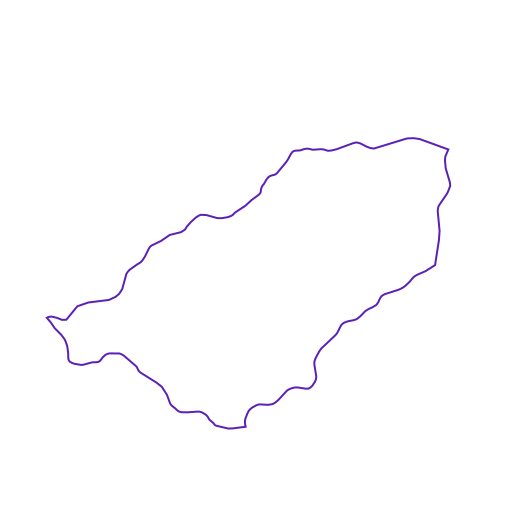 outline of Lavalleja, rotated 203°
{"feature_id": "URY-19", "entity_name": "Lavalleja", "entity_type": "Department", "adm_level": 1, "iso_a3": "URY", "parent_name": "Uruguay", "parent_adm1": "", "projection": "robinson", "projection_center": [-54.924, -33.979], "detail": "fine", "context": "isolated", "style": "outline", "palette": "violet", "viewbox_px": 512, "rotation_deg": 203, "n_neighbors": 0, "source": "natural_earth", "source_scale": "10m", "svg_char_len": 3033}
<svg xmlns="http://www.w3.org/2000/svg" viewBox="0 0 512 512"><g transform="rotate(203 256 256)"><path d="M87.6,317.6L94.1,308.2L100.4,301.6L102.0,299.4L103.0,297.4L104.5,292.4L106.4,287.9L107.6,285.6L108.7,283.9L111.3,280.9L122.2,271.5L123.7,269.8L124.7,268.2L125.1,266.7L125.3,265.1L125.4,263.6L125.3,261.6L126.1,258.1L127.3,256.3L128.8,254.3L131.4,251.5L133.8,248.1L136.6,240.9L138.5,237.5L139.4,236.5L141.4,234.8L145.9,231.8L148.7,229.2L149.9,227.3L150.6,225.4L151.2,216.5L152.1,213.8L159.8,196.3L160.5,193.0L161.2,185.9L161.2,184.3L161.1,182.6L160.8,181.1L160.3,179.8L159.7,178.6L154.0,169.6L153.4,168.4L152.9,167.1L152.6,165.2L152.7,162.7L153.5,158.5L154.4,156.4L155.4,154.9L156.5,154.1L159.1,153.1L166.2,151.3L168.8,150.2L170.2,149.2L171.7,148.0L173.9,145.7L175.0,143.9L179.0,132.7L180.5,129.5L181.7,127.6L182.2,127.0L182.3,126.8L182.4,126.7L183.1,126.1L184.9,124.8L187.3,123.5L195.0,120.7L196.2,119.8L197.7,118.3L200.3,115.0L201.5,112.7L202.2,110.5L202.4,107.0L202.2,102.1L201.9,100.6L201.5,99.2L200.3,96.9L198.8,94.8L209.9,88.3L214.2,86.3L226.0,84.3L227.2,84.2L227.9,84.4L230.0,85.6L234.5,87.0L235.7,87.6L236.7,88.5L238.2,89.5L240.2,90.3L244.2,90.9L246.4,90.8L248.2,90.3L258.3,85.2L264.1,82.9L266.3,82.8L268.0,83.1L271.5,84.4L274.4,85.1L276.1,85.8L277.4,86.7L283.7,93.4L291.4,98.7L298.2,100.6L316.6,103.5L318.1,104.0L319.4,104.6L322.3,107.2L323.6,107.8L338.9,112.7L341.6,113.0L343.6,112.9L352.6,109.2L353.7,108.5L354.7,107.6L355.6,106.6L356.3,105.5L357.5,102.9L358.2,99.8L358.7,98.4L359.4,97.3L360.5,96.4L361.7,95.7L364.3,94.6L365.4,94.0L372.8,88.2L374.5,87.4L381.1,85.8L383.7,85.7L385.8,85.9L387.1,86.5L388.1,87.4L388.8,88.5L391.1,93.5L394.5,99.2L398.0,103.1L399.9,104.7L404.7,107.5L412.9,110.8L418.8,114.6L424.4,117.4L423.3,118.6L422.0,119.6L420.4,120.4L415.0,121.3L409.7,121.4L405.7,123.2L400.8,139.9L392.3,147.6L374.2,158.1L369.3,163.5L367.2,167.7L366.2,173.3L368.3,188.6L368.0,190.9L367.0,193.9L362.0,202.0L360.5,203.9L359.6,205.5L358.8,207.8L358.0,212.1L357.6,220.2L357.1,223.3L356.1,225.0L349.2,232.9L343.7,241.6L334.3,248.7L331.8,252.4L331.4,254.0L331.2,255.7L329.3,261.7L326.4,267.9L324.6,270.6L323.0,272.3L317.7,274.3L306.7,275.7L304.4,276.5L301.7,277.8L296.9,280.9L294.8,282.9L293.5,284.6L292.9,286.1L292.0,288.3L285.4,298.1L282.1,305.5L277.2,313.8L276.6,316.0L276.7,316.8L277.3,318.8L277.5,319.7L277.6,320.8L277.6,322.2L277.4,323.7L276.9,325.2L276.2,330.7L275.4,333.4L274.3,335.1L272.9,336.4L270.8,337.9L269.6,339.3L268.9,340.9L264.9,354.3L264.3,357.6L263.8,363.4L263.1,366.1L262.1,367.5L260.8,368.4L256.7,370.4L253.4,373.3L251.3,374.6L249.4,375.3L245.2,376.0L238.2,379.6L235.5,380.5L230.7,381.0L227.6,382.7L223.5,385.8L211.1,397.4L208.4,399.5L207.0,400.0L203.9,400.4L196.9,399.9L193.6,400.0L192.1,400.2L189.3,401.1L163.8,422.5L162.2,423.6L156.8,426.1L151.0,427.6L120.6,429.2L120.6,421.7L119.4,417.8L115.6,410.8L106.3,399.5L105.1,397.4L104.6,396.3L104.4,390.5L104.5,388.1L107.2,374.7L107.4,373.0L107.0,370.7L106.2,368.2L96.8,350.8L93.8,342.0L87.6,317.6Z" fill="none" stroke="#5b21b6" stroke-width="2"/></g></svg>